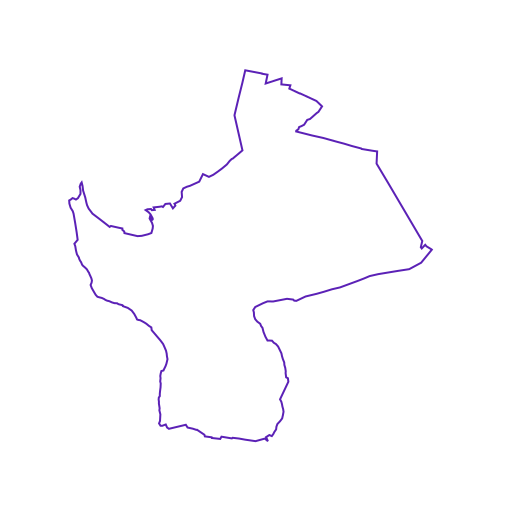 Atzala, Puebla, Mexico (Natural Earth projection), rotated 338°
{"feature_id": "50627088B72086785897406", "entity_name": "Atzala", "entity_type": "district", "adm_level": 2, "iso_a3": "MEX", "parent_name": "Mexico", "parent_adm1": "Puebla", "projection": "natural_earth1", "projection_center": [-98.548, 18.547], "detail": "fine", "context": "isolated", "style": "outline", "palette": "violet", "viewbox_px": 512, "rotation_deg": 338, "n_neighbors": 0, "source": "geoboundaries", "source_scale": "gbopen_adm2", "svg_char_len": 3897}
<svg xmlns="http://www.w3.org/2000/svg" viewBox="0 0 512 512"><g transform="rotate(338 256 256)"><path d="M197.7,432.2L197.5,427.7L201.3,427.0L203.2,428.9L205.3,427.6L207.0,426.1L209.7,424.3L211.0,421.9L212.9,419.8L216.4,418.2L219.4,416.4L221.3,413.7L223.2,410.7L223.8,408.2L224.1,405.5L224.6,403.0L224.9,400.6L224.6,397.9L238.9,384.7L239.8,381.3L238.5,379.8L239.6,375.6L240.4,374.0L241.2,370.7L241.5,367.6L242.3,365.2L242.3,361.6L242.6,358.5L243.1,355.8L242.9,352.7L242.6,348.2L241.5,345.1L240.0,343.1L239.1,340.5L237.2,339.6L235.0,338.7L234.5,334.4L234.5,329.3L235.1,325.0L234.5,322.9L234.5,320.4L232.6,317.3L231.6,314.3L231.7,311.0L232.9,307.5L233.2,305.1L236.2,303.0L244.9,302.4L249.7,302.4L254.9,304.6L268.7,307.3L274.1,310.3L274.7,311.7L276.6,312.7L286.8,312.1L298.2,313.8L305.5,314.6L313.9,315.3L322.1,316.6L340.9,317.2L347.8,317.3L353.9,317.2L362.5,318.6L382.1,323.0L393.1,325.6L406.6,324.1L421.4,316.0L421.2,315.6L417.7,310.9L417.1,309.0L412.5,311.1L412.2,309.9L412.1,309.6L414.9,305.6L415.8,304.4L405.9,238.0L402.4,215.5L407.5,204.4L407.1,204.2L403.0,201.8L394.0,196.3L393.8,195.7L386.3,190.1L379.7,184.8L373.3,180.0L362.5,171.7L352.9,165.1L345.8,159.9L339.9,155.6L340.3,154.9L342.7,154.4L344.3,152.6L346.8,152.6L349.8,152.3L354.5,149.0L357.4,149.2L365.9,146.2L367.8,145.8L373.3,142.0L370.1,134.9L358.0,122.0L357.7,121.7L357.4,121.7L349.6,113.3L351.8,110.6L343.8,106.4L346.3,100.9L329.6,99.7L334.6,92.2L329.9,89.3L329.9,89.0L315.6,79.8L308.1,90.5L299.3,102.6L289.0,117.1L288.7,117.7L283.0,153.0L274.5,155.8L272.3,156.5L271.3,156.9L269.7,157.0L267.2,158.0L263.3,160.2L257.4,162.1L251.6,163.6L246.8,164.7L242.0,165.0L237.5,160.2L231.2,165.8L221.0,166.2L218.0,165.9L213.9,166.1L211.1,168.7L209.5,173.7L206.4,176.4L200.0,177.0L200.1,177.6L200.1,179.1L196.8,180.7L195.9,175.1L191.5,173.8L188.1,175.7L187.3,174.7L185.0,174.2L179.3,172.6L179.3,175.3L176.6,174.5L176.2,173.1L172.8,172.0L170.9,172.1L172.9,175.3L173.8,177.9L174.3,182.4L173.9,183.4L173.6,183.5L172.3,180.1L171.4,181.4L172.0,186.4L171.7,189.5L170.5,191.8L167.6,195.5L164.0,195.4L157.6,194.5L153.6,193.2L142.6,185.5L143.0,183.9L141.9,181.7L142.4,180.4L139.5,178.5L132.7,173.8L131.2,174.2L129.5,171.2L124.2,162.1L120.2,155.4L120.0,154.5L119.2,151.5L118.6,149.4L118.4,145.6L118.7,143.1L119.6,137.8L120.2,130.6L121.4,126.1L121.9,122.5L120.6,123.3L118.5,125.7L117.9,129.3L116.5,132.7L112.5,135.7L110.2,136.2L108.9,134.7L107.6,133.6L105.3,134.3L103.6,134.5L102.6,137.5L102.2,141.8L102.9,145.8L102.7,148.4L102.0,151.7L100.7,157.7L98.6,166.8L96.7,174.2L92.2,176.6L92.1,179.2L91.2,183.2L90.9,185.2L90.6,187.5L90.9,189.3L91.2,191.0L91.0,192.4L91.1,194.3L91.5,196.2L91.5,198.9L91.9,200.2L93.2,202.7L94.2,205.0L94.6,207.9L94.9,209.0L94.8,210.3L94.9,212.1L95.0,215.0L94.7,217.3L93.5,219.2L91.8,220.9L91.7,224.2L92.3,228.6L92.8,231.9L93.7,234.4L95.5,235.8L97.3,237.1L99.0,238.9L100.0,240.4L101.4,241.8L102.5,242.5L103.4,243.3L105.0,245.0L107.1,246.7L109.5,247.8L110.4,249.1L111.3,249.8L113.7,251.5L114.0,252.1L113.8,252.6L117.7,256.1L119.3,258.5L120.3,260.0L121.4,264.1L121.9,268.5L121.9,270.2L122.7,271.0L123.6,271.6L124.5,272.1L125.8,273.6L126.7,274.7L127.8,276.1L129.0,277.8L130.5,280.6L132.2,283.0L131.5,285.7L135.7,298.3L136.3,300.5L136.9,302.8L137.0,305.0L137.1,310.1L136.6,313.1L136.2,314.4L135.8,315.9L135.3,318.5L132.6,322.3L130.8,324.3L128.0,326.8L127.3,327.5L125.2,327.2L123.6,329.3L122.3,331.4L121.7,333.6L120.2,336.4L119.9,338.5L118.3,342.0L116.5,345.2L115.2,347.7L114.3,349.9L112.9,350.8L112.0,352.5L111.4,354.8L110.7,356.4L110.1,359.0L109.6,361.1L108.6,362.9L108.0,367.0L105.2,373.0L103.4,374.9L103.9,377.6L105.4,378.3L109.2,378.4L109.3,381.7L110.5,383.6L127.7,386.2L128.3,389.4L132.8,392.5L135.6,394.9L136.2,395.0L141.2,402.4L141.0,404.1L147.0,407.5L146.9,408.2L154.3,412.2L156.3,410.6L165.3,416.1L166.2,415.8L171.9,418.9L177.1,422.2L186.2,427.5L195.8,428.6L197.7,432.2Z" fill="none" stroke="#5b21b6" stroke-width="2"/></g></svg>